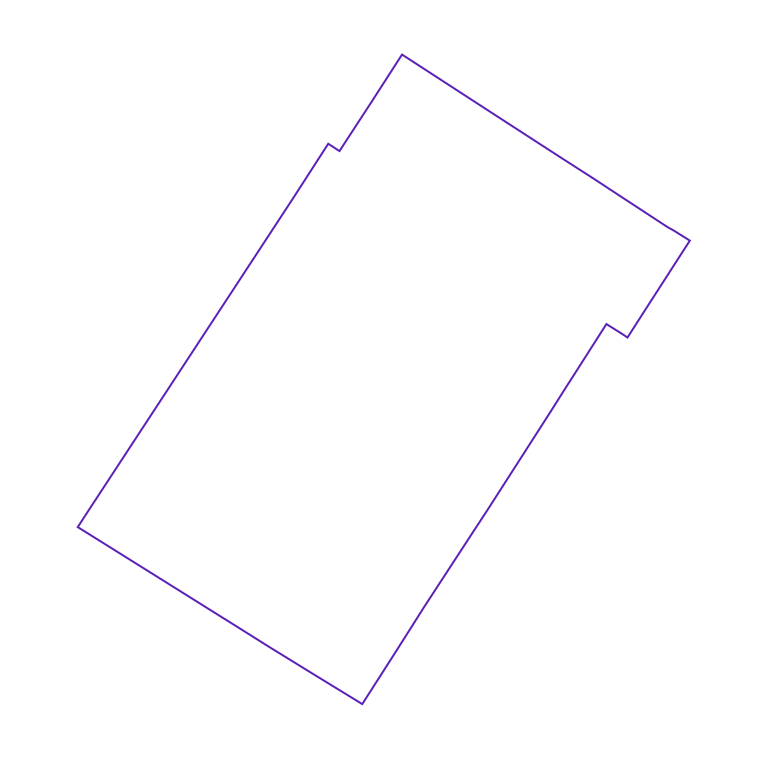 outline of Kane, Illinois, United States of America, rotated 33°
{"feature_id": "52423323B64731524187511", "entity_name": "Kane", "entity_type": "district", "adm_level": 2, "iso_a3": "USA", "parent_name": "United States of America", "parent_adm1": "Illinois", "projection": "albers", "projection_center": [-88.362, 41.937], "detail": "fine", "context": "isolated", "style": "outline", "palette": "violet", "viewbox_px": 768, "rotation_deg": 33, "n_neighbors": 0, "source": "geoboundaries", "source_scale": "gbopen_adm2", "svg_char_len": 600}
<svg xmlns="http://www.w3.org/2000/svg" viewBox="0 0 768 768"><g transform="rotate(33 384 384)"><path d="M540.1,664.3L539.7,602.8L539.7,601.7L539.1,548.9L539.1,548.6L539.3,455.7L539.4,433.9L538.8,318.8L538.4,285.1L538.4,282.5L538.4,280.4L537.9,212.6L557.8,212.3L562.9,212.4L562.7,178.9L562.4,97.2L543.6,97.5L536.3,98.0L486.3,97.8L481.5,97.8L449.2,97.6L410.7,97.8L333.1,97.9L219.7,97.9L219.9,155.4L219.8,212.9L206.4,212.9L206.6,276.9L205.1,651.6L205.1,670.8L315.8,668.9L316.2,668.9L399.7,667.5L428.4,667.1L432.4,667.0L483.4,665.8L540.1,664.3Z" fill="none" stroke="#5b21b6" stroke-width="2"/></g></svg>